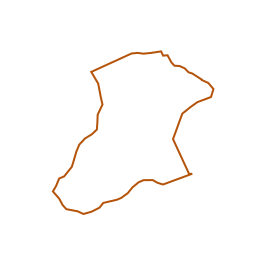 outline of Buan-gun, North Jeolla, South Korea, rotated 337°
{"feature_id": "91817680B44911241756091", "entity_name": "Buan-gun", "entity_type": "district", "adm_level": 2, "iso_a3": "KOR", "parent_name": "South Korea", "parent_adm1": "North Jeolla", "projection": "robinson", "projection_center": [126.66, 35.682], "detail": "fine", "context": "isolated", "style": "outline", "palette": "amber", "viewbox_px": 256, "rotation_deg": 337, "n_neighbors": 0, "source": "geoboundaries", "source_scale": "gbopen_adm2", "svg_char_len": 873}
<svg xmlns="http://www.w3.org/2000/svg" viewBox="0 0 256 256"><g transform="rotate(337 128 128)"><path d="M214.9,112.4L208.5,103.0L205.5,100.4L203.5,95.2L199.7,91.1L195.1,88.8L193.6,84.7L192.8,76.5L188.6,75.1L188.4,70.4L178.2,67.8L171.0,65.5L166.2,62.6L160.3,60.8L116.1,62.0L117.9,75.4L116.7,81.2L114.9,89.4L113.7,96.4L105.3,103.9L101.7,111.5L98.7,117.3L92.1,119.7L84.4,120.8L76.6,124.3L71.2,129.6L64.6,137.7L61.1,141.8L50.3,147.6L44.9,147.6L38.9,153.5L34.1,157.0L37.1,166.3L37.7,173.3L39.5,178.6L49.1,185.0L53.3,189.7L61.6,190.8L70.6,190.2L76.0,187.3L89.7,189.7L94.5,189.7L102.3,187.9L108.9,184.4L116.6,182.1L122.0,182.1L130.4,185.6L134.0,190.2L138.2,193.7L169.3,195.2L166.3,194.3L165.1,155.8L171.1,149.4L177.6,142.4L183.6,136.0L193.8,133.1L202.1,131.3L216.5,131.9L221.9,125.5L219.5,117.9L214.7,112.7L214.9,112.4Z" fill="none" stroke="#b45309" stroke-width="2"/></g></svg>